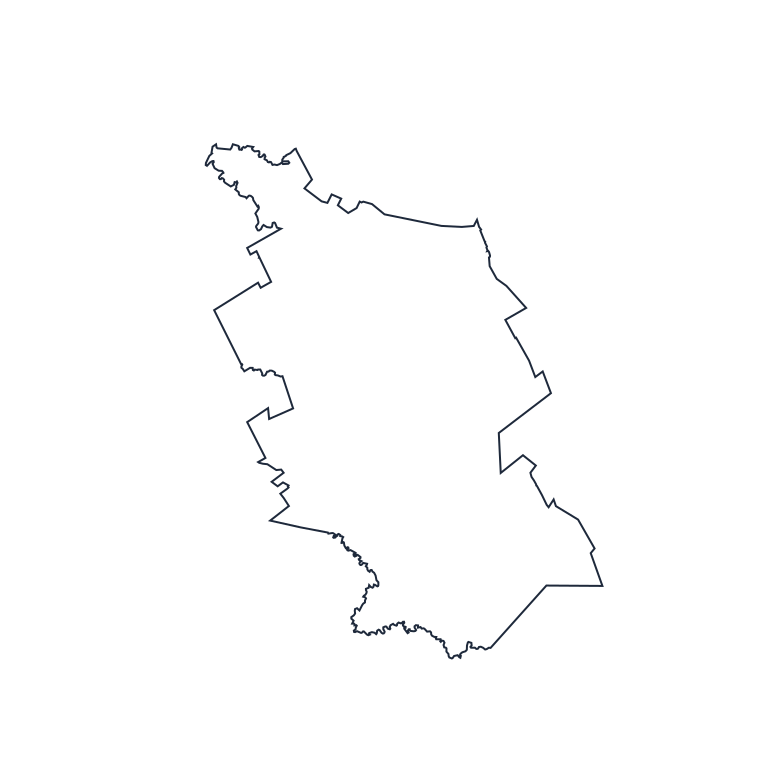 Burgos, Tamaulipas, Mexico, rotated 233°
{"feature_id": "50627088B41122699535923", "entity_name": "Burgos", "entity_type": "district", "adm_level": 2, "iso_a3": "MEX", "parent_name": "Mexico", "parent_adm1": "Tamaulipas", "projection": "robinson", "projection_center": [-98.996, 24.926], "detail": "fine", "context": "isolated", "style": "outline", "palette": "slate", "viewbox_px": 768, "rotation_deg": 233, "n_neighbors": 0, "source": "geoboundaries", "source_scale": "gbopen_adm2", "svg_char_len": 6165}
<svg xmlns="http://www.w3.org/2000/svg" viewBox="0 0 768 768"><g transform="rotate(233 384 384)"><path d="M216.2,216.7L213.3,217.3L211.8,214.4L210.8,215.8L209.9,215.9L209.0,215.1L208.1,216.7L207.4,216.8L206.4,214.8L205.2,213.7L205.2,211.5L204.0,210.9L203.3,211.5L202.8,213.7L199.0,215.9L198.7,216.8L199.0,218.4L198.5,219.0L194.1,219.6L192.8,220.3L192.4,221.8L193.5,221.6L194.0,222.3L193.1,225.0L191.0,226.8L188.9,227.2L189.1,228.0L191.1,230.1L191.0,231.9L190.1,232.4L186.8,232.3L185.5,232.8L185.0,233.6L185.2,234.7L185.9,235.5L188.6,235.9L190.1,237.0L189.6,239.1L188.8,239.9L186.3,239.8L184.6,241.0L184.8,241.8L186.6,242.4L187.4,244.1L187.0,246.9L185.4,247.2L183.5,248.5L183.5,249.1L184.6,250.3L184.7,252.1L182.7,253.4L182.4,254.6L182.7,256.0L182.1,256.9L181.1,256.5L180.4,254.2L179.7,253.8L178.8,253.8L177.0,255.1L176.3,254.5L176.9,253.3L176.4,252.9L170.8,252.9L170.7,254.1L172.6,254.4L173.2,256.2L172.7,256.9L171.7,256.4L170.6,256.8L168.5,259.1L167.9,260.5L168.2,261.6L171.0,261.8L172.1,262.6L172.2,264.3L170.7,265.9L169.0,264.5L167.9,266.9L166.0,266.9L165.1,268.5L164.3,269.0L160.3,269.4L158.8,271.9L157.3,272.1L155.6,271.0L154.0,270.9L151.7,272.0L150.5,273.5L149.5,272.2L148.7,272.1L146.1,275.6L145.3,275.3L144.7,274.1L143.9,274.2L144.2,275.8L143.0,276.9L141.0,276.6L139.7,274.5L137.4,273.6L136.2,274.7L135.3,274.8L132.7,272.8L129.6,273.0L127.8,271.9L126.3,271.6L124.0,273.0L123.8,273.8L124.6,276.3L123.1,279.6L120.5,279.7L119.4,280.2L120.7,281.8L121.9,281.7L122.5,282.7L122.6,285.1L121.5,288.2L121.9,290.2L125.2,292.9L127.1,295.4L127.2,296.2L124.7,298.0L122.5,296.7L122.0,294.8L121.0,294.8L118.7,297.9L116.9,298.3L116.4,298.9L116.1,299.8L116.8,301.6L115.9,303.2L113.7,304.4L111.1,305.0L110.5,306.4L110.3,309.0L109.1,310.3L125.3,392.4L91.3,436.9L124.5,447.3L125.9,453.2L158.9,457.4L183.0,447.8L189.7,450.0L186.5,441.3L189.6,441.2L200.2,443.3L210.5,444.8L211.3,444.5L212.3,445.1L216.8,445.7L221.0,445.9L225.0,447.5L227.5,456.2L243.5,452.1L242.7,423.7L275.8,446.2L276.2,511.8L298.5,518.3L298.5,509.0L315.3,513.9L341.5,517.4L341.6,516.4L362.2,519.5L359.2,543.3L388.7,540.8L400.1,537.3L414.5,539.3L421.9,544.0L421.9,545.2L422.8,546.0L426.2,547.3L427.5,547.3L428.0,546.3L428.4,547.1L431.3,547.9L431.9,549.0L436.1,549.7L436.6,550.4L437.7,550.3L448.7,553.3L448.9,554.5L452.3,554.5L459.2,557.1L456.2,550.8L462.6,540.7L475.7,525.0L519.2,486.5L534.9,482.7L542.1,477.2L542.5,475.3L544.3,474.4L541.0,468.0L542.1,458.3L554.5,454.7L557.8,461.4L566.9,456.3L562.7,447.8L567.4,444.1L588.1,438.2L590.6,449.5L622.7,454.5L625.0,455.2L625.4,454.0L624.7,448.2L625.6,443.7L625.2,442.7L625.7,440.6L625.2,440.2L624.4,437.8L623.0,436.7L619.5,441.6L617.7,441.5L617.5,440.1L620.5,435.6L622.4,435.6L622.4,433.2L623.2,430.3L625.2,428.6L626.1,426.8L629.2,427.3L630.2,426.5L630.2,425.5L631.2,424.8L633.1,425.1L635.4,423.9L636.6,425.0L637.0,426.2L639.0,426.7L639.6,426.4L639.7,425.7L639.1,424.6L639.4,422.1L640.4,421.0L642.4,421.6L642.4,422.7L644.7,424.3L645.5,424.1L647.7,420.6L650.4,419.9L651.4,420.2L652.0,422.2L656.4,418.1L656.3,415.5L656.8,414.7L657.8,414.5L657.9,413.6L657.7,412.1L656.7,411.7L656.7,411.1L657.4,410.8L657.9,409.8L658.3,409.5L660.0,410.1L660.3,411.0L661.8,411.0L666.4,407.6L664.4,404.3L663.8,402.3L672.4,392.9L673.6,392.6L676.5,394.1L676.7,389.9L672.4,385.3L671.6,385.5L671.3,381.8L667.7,374.8L666.1,373.4L665.1,373.8L665.4,374.1L664.9,374.8L665.6,378.5L665.3,381.0L664.7,382.0L663.7,381.6L663.0,379.6L658.3,378.6L653.9,380.3L651.7,382.9L649.6,383.0L649.2,382.8L649.5,381.3L648.7,377.1L647.9,376.2L646.4,376.2L645.8,377.0L646.1,378.3L645.3,379.0L643.4,379.3L642.1,378.1L640.4,378.2L634.0,380.5L633.4,384.0L635.1,386.2L634.2,386.9L634.3,388.4L632.8,388.1L631.1,385.1L629.6,384.2L628.9,382.3L624.5,383.4L623.1,382.4L621.7,382.3L620.4,382.9L616.6,386.0L615.1,386.0L615.7,389.3L615.4,390.0L614.4,390.8L612.6,391.3L611.4,391.3L609.5,390.3L603.0,389.8L601.9,389.7L602.0,390.8L600.6,390.5L599.4,389.4L597.6,383.9L593.7,383.3L588.9,381.2L587.9,380.1L587.1,377.1L586.5,376.3L582.7,375.7L581.8,376.6L581.7,379.0L583.1,381.6L583.5,383.5L579.8,384.9L577.2,387.5L577.0,389.2L579.6,392.0L579.1,393.5L578.1,393.9L573.3,392.6L570.0,395.2L575.0,356.6L567.8,355.2L566.8,362.1L560.6,360.8L560.1,360.1L559.7,360.6L533.5,355.3L535.1,343.4L540.7,344.4L545.2,292.8L485.6,281.8L485.4,282.5L484.8,282.5L483.6,280.4L482.8,279.9L480.9,280.3L478.2,280.1L477.5,286.8L475.9,288.8L474.1,287.7L473.1,288.2L473.3,289.4L471.3,291.4L471.4,292.0L470.0,293.9L465.7,293.1L464.7,292.1L463.6,292.3L462.8,293.2L462.5,294.7L464.2,298.0L463.4,299.3L463.5,300.8L462.2,302.4L459.8,303.6L458.6,303.8L457.3,302.5L456.4,302.7L454.7,304.4L452.2,305.9L451.3,307.6L419.2,296.7L425.2,271.2L434.5,276.9L435.9,251.8L396.3,244.8L397.4,236.5L396.2,236.9L393.2,239.3L390.1,242.6L380.1,246.2L377.5,250.4L373.5,250.4L373.5,235.4L366.3,237.5L366.2,244.1L360.4,246.7L360.0,245.5L358.8,245.5L358.6,244.0L358.8,235.2L353.2,235.3L343.8,234.6L343.4,210.9L319.7,231.1L299.1,249.8L298.0,249.5L296.1,253.0L295.3,253.7L291.8,254.8L291.7,254.0L292.9,252.4L292.0,251.1L291.4,251.3L290.7,252.8L291.1,253.9L290.9,255.4L291.8,256.5L291.5,257.6L289.7,258.2L288.9,257.5L287.4,258.9L286.3,259.3L285.8,258.0L282.7,254.4L282.3,254.7L282.5,256.2L281.6,256.6L278.8,255.1L275.9,254.7L275.5,256.8L274.9,257.1L274.1,256.7L274.3,255.0L273.3,254.7L272.4,255.2L271.5,257.3L266.2,259.7L265.7,259.0L266.5,257.9L266.4,257.2L265.0,256.5L263.8,256.8L263.6,257.7L264.7,257.3L265.2,257.7L265.1,258.4L263.4,260.1L260.0,261.1L259.3,260.6L259.3,258.4L258.4,258.2L256.1,259.4L256.2,257.4L255.6,256.4L254.5,256.1L253.6,256.3L253.1,257.2L253.2,258.4L253.7,259.1L253.5,259.8L250.6,262.3L249.9,261.4L249.4,259.8L247.3,260.1L246.1,259.2L244.5,258.9L242.7,259.5L243.5,261.2L242.9,262.2L241.1,261.9L239.2,262.5L236.1,262.0L231.8,259.9L229.1,260.2L226.7,258.4L226.2,257.7L226.4,256.9L229.1,255.9L229.9,255.2L228.4,253.6L228.2,252.3L229.8,251.3L232.3,251.1L230.5,249.1L231.3,246.3L230.2,245.5L228.6,245.2L227.7,244.3L226.9,242.4L227.0,240.4L226.6,239.4L225.0,240.6L223.6,240.6L222.6,238.6L221.0,237.3L221.1,235.2L220.5,233.4L217.9,228.1L221.2,227.5L221.7,225.5L220.5,224.2L218.1,222.8L217.4,220.7L217.5,217.6L216.2,216.7Z" fill="none" stroke="#1e293b" stroke-width="2"/></g></svg>